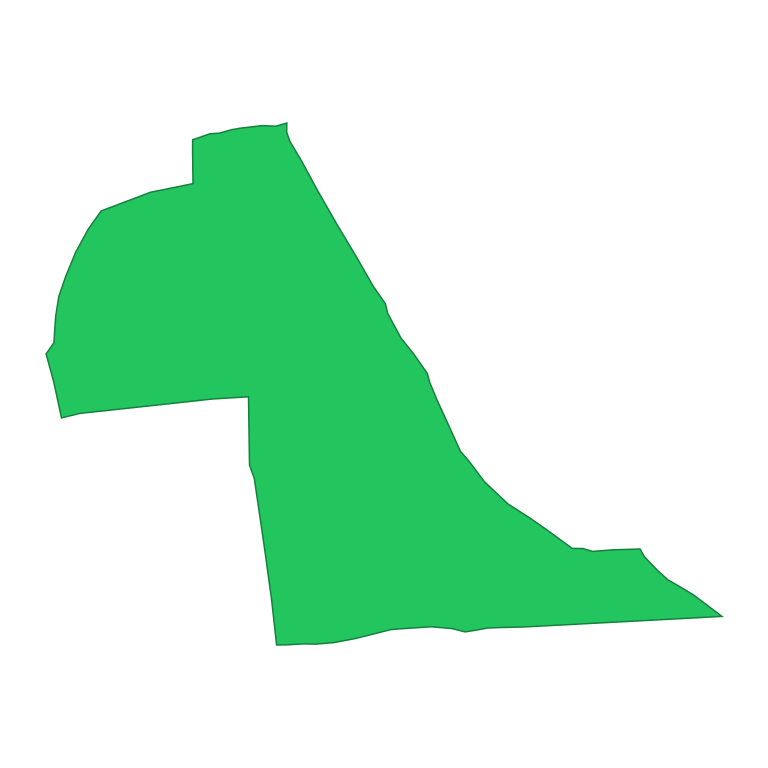 outline of Doun Penh, Phnom Penh, Cambodia
{"feature_id": "14789045B63307875451806", "entity_name": "Doun Penh", "entity_type": "district", "adm_level": 2, "iso_a3": "KHM", "parent_name": "Cambodia", "parent_adm1": "Phnom Penh", "projection": "robinson", "projection_center": [104.926, 11.572], "detail": "fine", "context": "isolated", "style": "filled", "palette": "green", "viewbox_px": 768, "rotation_deg": 0, "n_neighbors": 0, "source": "geoboundaries", "source_scale": "gbopen_adm2", "svg_char_len": 1058}
<svg xmlns="http://www.w3.org/2000/svg" viewBox="0 0 768 768"><path d="M640.1,549.0L613.3,549.8L592.4,551.4L583.0,548.5L572.2,548.4L546.9,529.9L530.6,518.5L507.9,503.9L484.4,481.7L468.8,460.9L460.5,451.5L449.4,426.9L437.2,400.3L429.7,382.4L427.4,373.6L413.8,354.1L401.0,338.1L387.7,313.4L385.5,303.9L373.4,286.5L356.7,257.4L337.5,225.3L317.8,190.9L301.4,160.7L289.8,141.2L286.7,132.1L286.8,123.0L276.0,126.2L262.2,125.6L240.0,128.2L231.6,129.7L219.1,133.2L210.1,133.7L192.6,139.8L192.6,153.6L193.0,183.6L150.3,192.3L128.5,200.6L101.2,210.9L88.3,229.1L75.6,252.4L65.7,276.4L58.8,296.5L55.7,316.0L53.9,342.8L46.1,353.9L53.8,382.2L61.5,417.9L79.9,413.4L212.4,399.0L248.5,396.8L249.5,465.1L254.3,478.5L264.0,544.6L271.5,598.9L276.6,645.0L286.0,644.9L303.5,643.9L316.3,644.1L333.8,642.6L355.6,638.5L390.4,629.7L397.9,629.0L420.1,627.5L431.2,626.8L452.2,628.6L465.0,631.9L474.6,630.4L487.8,628.0L502.4,627.5L523.5,627.0L721.9,616.4L693.6,595.0L681.4,587.6L667.7,579.7L657.3,570.2L644.4,556.7L640.1,549.0Z" fill="#22c55e" stroke="#15803d" stroke-width="1.5"/></svg>